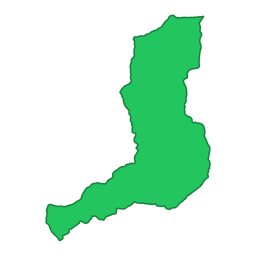 Bardo, Shemgang, Bhutan (Albers equal-area conic projection)
{"feature_id": "84629894B88574535309986", "entity_name": "Bardo", "entity_type": "district", "adm_level": 2, "iso_a3": "BTN", "parent_name": "Bhutan", "parent_adm1": "Shemgang", "projection": "albers", "projection_center": [90.949, 27.102], "detail": "fine", "context": "isolated", "style": "filled", "palette": "green", "viewbox_px": 256, "rotation_deg": 0, "n_neighbors": 0, "source": "geoboundaries", "source_scale": "gbopen_adm2", "svg_char_len": 5869}
<svg xmlns="http://www.w3.org/2000/svg" viewBox="0 0 256 256"><path d="M199.0,61.1L200.0,51.2L200.9,48.7L201.0,47.3L200.8,44.7L200.2,43.1L199.7,41.5L200.1,37.9L201.0,36.7L201.6,34.9L201.6,34.3L201.4,33.3L200.4,31.9L199.9,30.8L200.4,27.2L200.2,26.2L199.6,24.8L199.2,23.3L202.0,18.9L202.5,17.9L203.4,17.0L203.3,16.4L200.7,16.9L199.1,16.8L196.3,17.3L194.2,17.2L192.8,17.5L189.8,17.4L188.5,17.6L185.7,17.4L181.8,17.5L181.0,17.9L180.3,18.1L179.7,18.1L179.1,18.0L177.6,17.5L176.9,17.7L176.3,17.6L175.7,17.3L174.5,16.3L173.9,15.4L172.2,15.4L171.2,15.5L169.9,16.2L169.2,16.8L168.2,18.9L167.9,19.3L167.0,20.2L165.5,21.3L164.2,23.0L163.8,23.7L162.8,24.9L162.5,25.7L161.6,26.9L159.5,28.1L158.6,28.4L157.7,29.1L157.3,29.6L156.7,30.0L155.4,30.4L154.5,30.6L152.2,31.4L150.7,32.4L150.1,33.0L149.0,33.7L148.4,34.0L146.5,34.2L146.3,34.3L146.0,34.6L145.8,35.1L143.6,36.1L141.8,36.1L140.9,35.9L140.1,36.0L136.5,37.1L135.8,37.1L134.8,36.9L134.3,37.1L133.9,38.1L133.5,38.8L133.4,39.2L133.7,40.0L134.5,41.0L134.7,41.7L134.4,43.1L134.5,44.9L134.7,45.4L135.2,46.4L134.9,47.3L134.7,47.6L134.3,48.6L134.1,49.9L134.0,52.8L134.3,55.6L134.1,56.5L134.0,56.8L132.0,58.6L131.4,59.7L131.3,60.4L131.4,62.0L130.8,63.8L130.4,65.4L130.2,66.4L130.3,67.5L130.6,70.2L130.6,73.4L131.0,75.2L130.8,76.4L130.5,77.2L130.4,78.1L131.4,80.9L131.4,81.3L131.2,81.9L129.5,83.3L129.0,83.9L128.6,84.3L126.9,85.1L125.4,85.6L124.6,86.2L123.7,87.0L121.6,89.4L120.1,91.9L120.2,92.9L120.5,93.4L121.3,94.1L121.6,94.7L121.8,96.1L122.3,97.1L123.1,98.2L123.5,99.5L123.5,101.6L123.6,102.4L124.5,104.2L124.6,105.0L125.4,106.2L126.8,107.9L129.1,110.7L129.2,111.1L128.9,113.3L129.1,113.9L129.5,114.5L130.3,115.2L130.6,116.0L130.7,117.7L130.4,119.8L130.4,120.9L131.8,122.6L131.8,123.2L131.7,123.8L131.7,124.9L132.4,126.1L132.4,126.6L132.1,130.7L132.2,132.0L132.6,132.5L135.6,133.5L135.8,133.9L135.8,134.8L135.5,136.3L135.0,137.0L134.6,137.5L134.3,138.1L134.2,138.5L134.2,140.5L134.3,141.4L134.6,141.9L135.5,142.7L136.8,143.5L137.5,144.2L137.9,144.8L138.0,145.2L137.8,145.7L136.3,147.4L136.2,148.1L136.5,148.7L137.5,149.3L137.9,149.8L138.0,150.3L137.6,151.5L136.9,153.0L136.3,154.1L135.4,155.2L134.7,156.7L134.4,158.4L134.7,159.5L135.1,162.1L135.0,163.0L134.7,163.3L133.6,163.5L130.5,163.3L130.1,163.4L129.0,164.5L128.0,164.3L127.2,164.3L126.5,164.6L125.5,165.8L125.0,166.0L124.7,166.3L123.7,166.6L122.5,166.7L121.1,167.1L120.1,167.5L119.2,168.1L117.5,169.8L114.9,171.2L113.5,172.4L113.3,173.0L112.8,173.8L112.7,174.4L112.9,175.7L112.9,176.3L112.4,177.4L112.0,178.0L108.3,180.1L107.5,181.0L106.9,182.2L105.4,184.0L103.5,183.6L101.9,183.8L98.1,182.9L96.9,182.8L95.5,183.3L93.2,183.6L92.1,184.1L91.6,184.5L91.0,185.1L90.6,185.9L89.6,186.7L89.0,187.0L87.5,187.4L86.8,187.8L86.4,188.4L85.9,188.9L83.9,191.9L83.6,192.6L83.1,193.2L82.6,194.5L82.1,194.9L81.3,198.4L80.9,198.9L78.8,200.6L77.7,201.0L75.9,202.2L73.8,203.7L70.9,204.9L69.5,205.2L65.5,206.5L64.6,206.6L63.2,206.6L62.6,206.5L61.8,206.2L60.8,206.2L59.3,206.2L58.5,206.4L57.3,206.4L52.6,205.2L51.4,204.6L50.4,204.4L49.3,204.6L48.3,205.1L46.5,210.4L47.0,212.6L47.0,215.9L46.1,218.2L46.4,219.4L46.1,222.7L48.8,224.8L49.2,225.3L49.6,226.6L49.7,227.6L50.6,229.5L51.7,231.7L53.7,234.0L56.6,236.4L59.6,240.6L61.3,239.8L62.6,238.9L62.9,238.4L62.9,237.1L62.7,236.0L63.1,235.5L66.0,234.4L68.1,233.3L68.4,232.8L69.0,232.2L69.2,230.5L69.4,229.8L70.0,229.3L70.3,229.0L70.7,229.1L71.5,228.9L71.8,228.7L72.0,228.4L72.5,227.9L73.0,227.5L73.8,227.1L75.3,225.8L76.7,225.1L77.0,224.8L77.8,224.4L78.3,223.4L78.9,223.3L79.4,223.0L79.4,222.5L79.7,221.7L80.9,220.9L82.6,222.1L83.5,222.6L84.1,222.7L84.9,223.1L85.8,223.3L87.5,222.8L88.1,222.3L89.0,221.4L89.8,219.9L90.3,219.6L91.3,218.8L91.7,218.0L91.9,217.1L92.3,216.4L92.8,216.1L93.3,216.3L94.7,216.0L96.1,216.3L98.6,219.0L99.4,219.3L100.0,219.6L100.7,219.5L102.1,219.7L103.3,220.1L104.0,219.9L104.5,218.8L105.2,218.1L105.9,217.0L106.7,216.2L107.9,216.1L108.8,215.7L109.8,215.6L110.9,214.9L112.4,214.2L113.1,214.0L114.5,214.0L115.1,213.9L116.2,213.2L116.2,212.4L116.5,210.8L116.7,208.6L116.9,208.4L117.6,208.3L119.9,208.7L123.6,209.0L124.8,208.7L126.3,207.7L127.3,206.7L129.9,205.7L131.5,204.5L132.7,203.5L134.1,202.0L134.8,202.0L135.7,202.5L138.8,203.1L140.4,203.2L143.5,203.0L144.8,203.6L147.4,203.9L150.1,204.1L151.8,204.4L153.1,204.3L154.7,203.9L155.1,204.0L156.0,204.7L156.4,205.1L156.8,205.8L157.4,206.0L158.7,206.0L162.0,206.5L162.4,206.4L163.8,205.8L166.0,207.9L166.5,208.6L167.4,208.9L169.4,209.3L170.6,209.0L171.3,208.6L171.9,207.8L174.1,207.9L174.9,207.7L176.0,207.2L177.5,205.9L179.1,203.8L180.8,202.3L181.5,201.9L182.6,201.1L183.7,200.0L185.1,199.0L186.0,198.1L187.6,195.3L188.6,195.2L189.5,194.6L192.1,192.6L194.4,190.7L195.2,190.3L197.3,188.5L199.8,186.8L200.9,185.4L202.1,184.3L203.1,182.3L204.5,180.6L205.4,179.3L206.6,178.3L208.1,177.4L208.2,175.8L207.7,174.6L207.7,173.3L208.3,172.1L208.6,171.2L208.5,169.8L209.0,168.6L209.7,168.2L209.5,167.8L209.5,167.1L209.9,165.7L209.9,164.5L209.8,162.0L209.4,161.0L208.3,159.9L208.0,159.4L208.2,159.0L208.9,155.2L208.9,154.4L209.6,151.3L209.8,150.0L209.8,148.9L209.6,147.2L209.3,146.2L208.2,145.1L205.7,139.0L204.8,137.1L204.2,135.9L204.7,134.1L204.8,131.8L204.7,129.8L204.5,128.9L204.1,127.6L203.5,125.9L203.1,125.3L202.0,124.2L200.4,123.5L199.1,123.2L197.9,123.1L196.9,122.9L196.2,122.5L195.2,122.2L194.5,122.7L193.5,122.7L192.2,121.8L192.0,121.1L192.0,120.3L191.8,118.7L190.7,117.5L188.6,116.5L186.7,115.9L184.9,113.8L184.8,112.7L184.9,111.6L184.7,111.0L184.5,109.7L184.4,108.8L185.1,107.2L184.9,106.3L184.4,104.9L184.4,104.1L185.2,103.2L186.1,101.3L185.9,98.6L186.7,94.8L186.7,92.9L186.4,89.4L185.7,86.4L184.4,84.1L183.6,82.1L183.4,80.9L183.5,80.4L184.2,79.4L185.6,78.5L186.9,78.1L187.4,77.6L187.4,76.8L187.1,75.1L187.1,74.1L188.1,71.4L188.9,70.5L190.2,69.6L192.8,68.9L197.0,68.2L198.5,67.6L199.2,66.6L199.3,65.9L199.1,64.0L199.0,61.1Z" fill="#22c55e" stroke="#15803d" stroke-width="1.5"/></svg>